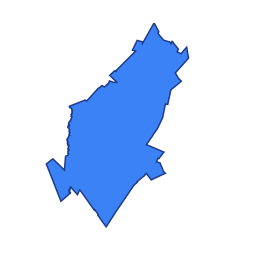 San Carlos, Tamaulipas, Mexico (Equal Earth projection), rotated 42°
{"feature_id": "50627088B50808135515574", "entity_name": "San Carlos", "entity_type": "district", "adm_level": 2, "iso_a3": "MEX", "parent_name": "Mexico", "parent_adm1": "Tamaulipas", "projection": "equal_earth", "projection_center": [-99.087, 24.498], "detail": "fine", "context": "isolated", "style": "filled", "palette": "blue", "viewbox_px": 256, "rotation_deg": 42, "n_neighbors": 0, "source": "geoboundaries", "source_scale": "gbopen_adm2", "svg_char_len": 4752}
<svg xmlns="http://www.w3.org/2000/svg" viewBox="0 0 256 256"><g transform="rotate(42 128 128)"><path d="M76.2,56.8L79.2,67.2L82.2,65.7L80.7,93.7L81.2,93.8L81.2,94.1L80.9,94.1L80.7,94.0L80.4,93.9L80.3,94.0L80.0,94.7L79.7,94.7L79.2,101.1L88.9,101.5L87.3,103.4L87.1,103.6L82.7,105.4L84.0,108.3L83.8,108.7L83.4,108.9L83.3,109.4L83.4,109.7L83.2,110.7L83.4,111.9L83.2,112.2L83.2,112.5L83.0,113.1L82.5,113.3L82.3,113.5L82.0,113.7L81.7,113.6L81.4,113.8L80.7,113.6L80.5,114.0L80.1,114.3L80.1,114.8L79.9,115.5L80.1,116.0L80.1,116.3L79.8,116.7L79.8,117.6L79.3,118.2L79.3,135.6L77.6,135.7L70.0,150.8L69.9,150.9L69.9,151.2L70.4,151.5L70.7,151.3L70.8,151.4L71.0,151.4L71.2,151.6L71.3,151.7L71.6,151.8L71.7,151.7L71.9,151.5L72.2,151.3L72.7,151.2L72.9,151.3L74.2,151.9L74.3,151.9L74.3,152.2L74.9,152.2L74.9,152.6L75.1,152.7L75.2,153.0L75.3,153.2L75.5,153.1L75.7,153.6L75.9,153.7L76.1,154.0L76.4,154.0L76.5,154.1L76.4,154.4L76.5,154.7L76.4,154.9L76.4,155.0L76.8,155.2L76.7,155.5L76.9,155.9L76.8,156.1L77.1,156.2L77.5,156.4L77.5,156.6L77.6,156.8L77.8,156.9L77.8,157.1L78.2,157.0L78.3,157.1L78.3,157.3L78.7,157.2L79.0,157.3L79.0,157.7L79.2,157.9L79.3,158.5L79.5,158.7L79.5,159.1L79.6,159.3L79.6,159.5L79.7,160.0L79.8,160.1L80.0,160.0L80.2,160.4L80.2,160.6L80.3,160.6L80.3,160.8L80.4,161.0L80.2,161.0L80.2,161.5L80.2,162.1L80.4,162.3L80.4,162.5L80.2,163.0L80.5,163.7L80.5,164.0L80.8,164.2L80.9,164.3L81.1,164.3L81.1,164.5L81.4,164.6L81.5,165.0L81.7,164.7L81.8,164.8L81.9,165.0L82.3,165.1L82.3,165.4L82.6,165.4L82.6,165.5L82.4,165.7L82.5,165.8L82.7,166.1L82.5,166.3L82.5,166.5L82.7,166.3L82.9,166.3L82.8,166.5L83.1,166.6L83.0,166.8L82.9,167.0L83.0,167.0L83.2,167.4L83.4,167.6L83.3,167.8L83.5,167.8L83.6,167.7L83.7,167.9L83.8,167.9L83.7,167.6L83.8,167.6L84.1,167.7L84.3,167.6L84.6,167.7L84.7,167.9L85.0,167.9L85.2,168.3L85.3,168.4L85.5,168.4L85.7,168.7L85.8,168.7L86.1,168.7L86.2,169.0L86.2,169.6L86.4,169.8L86.5,170.0L86.9,170.0L87.0,170.2L87.6,170.2L87.7,170.5L87.8,170.5L88.1,170.6L88.0,170.8L88.1,171.0L88.1,171.4L88.2,171.9L88.6,172.1L88.7,172.3L88.8,172.4L89.4,172.5L89.2,172.7L89.2,173.1L89.3,173.1L89.3,173.3L89.5,173.9L89.7,174.5L89.9,174.8L89.9,175.1L89.9,175.5L90.0,175.6L89.9,175.9L89.9,176.0L90.1,176.0L90.2,176.3L90.2,176.6L90.3,176.7L90.3,176.8L90.3,177.1L90.5,177.1L90.5,177.3L90.6,177.6L90.8,177.9L91.1,177.9L91.3,178.1L91.5,178.1L91.9,178.1L92.0,178.2L92.3,178.2L92.5,178.3L92.8,178.5L92.9,178.8L92.6,178.8L92.5,179.0L92.8,179.2L93.0,179.3L93.0,179.5L93.2,179.4L93.3,179.7L93.3,179.8L93.5,179.9L93.8,180.0L94.0,180.3L94.2,180.2L94.3,180.4L94.4,180.2L94.6,180.2L94.8,180.2L94.9,180.4L95.1,180.3L95.3,180.5L95.5,180.4L95.5,180.7L95.4,180.8L95.5,180.8L95.7,181.2L95.9,181.2L96.0,181.2L96.2,181.4L96.4,181.5L96.4,181.8L96.6,181.8L96.6,182.0L96.8,182.4L96.9,182.6L97.0,182.7L97.2,183.4L97.3,183.5L97.3,183.9L97.6,183.9L97.8,183.9L98.0,183.8L98.0,184.1L98.3,184.3L98.4,184.2L98.6,184.3L98.9,184.2L98.9,184.6L98.8,185.0L98.9,185.4L98.9,185.5L99.0,185.6L99.3,185.7L99.4,185.8L99.7,186.4L100.1,186.6L100.3,186.8L100.3,187.0L100.6,187.1L100.7,187.3L101.0,187.5L101.2,187.4L101.5,187.4L101.6,187.5L101.7,187.8L100.6,190.9L108.9,201.8L92.8,201.2L92.4,203.2L91.4,209.5L99.3,213.3L127.2,227.3L128.6,215.5L128.4,215.5L128.4,215.4L128.5,215.0L128.4,215.0L128.1,215.0L128.2,214.9L128.3,214.9L128.3,214.7L128.0,214.8L127.9,214.7L128.0,214.7L127.9,214.6L127.7,214.7L127.5,214.4L127.3,214.5L127.1,214.3L126.8,214.5L126.7,214.4L126.9,214.2L126.7,214.1L126.7,213.9L126.5,214.0L126.4,213.8L126.3,214.0L126.3,214.3L126.2,214.3L126.1,214.1L126.1,213.8L125.9,213.7L125.8,213.8L125.7,213.6L125.7,213.4L125.6,213.5L125.5,213.4L125.6,213.2L125.4,212.8L125.6,212.6L125.7,212.3L125.7,212.2L125.8,212.1L125.7,212.0L125.8,211.9L125.7,211.7L125.8,211.7L125.7,211.4L125.7,211.6L125.6,211.1L125.6,210.9L125.4,210.9L125.5,210.7L125.3,210.6L125.2,210.3L125.0,210.1L124.9,210.2L135.0,211.4L133.6,206.5L134.6,206.4L157.9,211.6L157.8,210.9L163.8,212.2L163.9,213.0L177.9,216.1L174.8,196.7L170.7,166.6L170.7,166.3L171.2,162.0L170.7,161.8L171.4,156.5L172.2,152.2L172.1,151.7L171.8,151.2L171.8,150.8L172.1,150.1L172.1,149.5L180.0,151.0L182.5,144.9L186.1,136.6L183.6,136.6L180.2,134.9L175.0,132.5L171.8,134.2L170.5,130.3L171.4,130.1L170.8,121.9L155.5,127.1L152.8,128.1L152.5,125.0L151.8,120.6L151.7,118.8L150.8,113.8L150.4,109.2L148.4,102.4L146.8,97.1L139.7,85.1L141.8,84.0L134.3,70.9L134.9,67.3L136.3,57.5L132.2,57.3L126.3,55.4L126.2,35.5L123.6,33.5L117.5,28.7L117.7,37.3L113.5,38.6L112.9,35.9L111.8,35.5L111.7,35.5L110.7,35.4L109.5,35.2L109.3,35.0L109.0,35.1L106.3,34.7L105.4,34.5L103.6,34.0L102.8,34.1L103.6,36.7L101.8,36.0L98.9,37.4L95.5,38.9L86.9,37.7L86.5,35.9L82.5,34.4L77.8,32.7L77.3,33.5L80.1,46.0L82.2,55.6L80.9,54.4L76.2,56.8Z" fill="#3b82f6" stroke="#1e3a8a" stroke-width="1.5"/></g></svg>